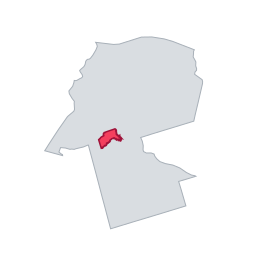 Fray Bartolomé de Las Casas, Alta Verapaz, Guatemala shown in context, rotated 163°
{"feature_id": "79465075B41204934399249", "entity_name": "Fray Bartolomé de Las Casas", "entity_type": "district", "adm_level": 2, "iso_a3": "GTM", "parent_name": "Guatemala", "parent_adm1": "Alta Verapaz", "projection": "mercator", "projection_center": [-89.812, 15.886], "detail": "fine", "context": "in_parent", "style": "filled", "palette": "rose", "viewbox_px": 256, "rotation_deg": 163, "n_neighbors": 0, "source": "geoboundaries", "source_scale": "gbopen_adm2", "svg_char_len": 5460}
<svg xmlns="http://www.w3.org/2000/svg" viewBox="0 0 256 256"><g transform="rotate(163 128 128)"><path d="M41.7,183.4L42.8,182.3L43.7,179.7L44.9,176.9L44.2,173.8L43.8,171.3L45.1,167.6L45.0,164.8L45.6,163.1L47.5,162.0L48.6,159.9L43.0,152.6L43.0,150.9L43.7,148.8L48.2,141.0L53.6,131.7L59.6,121.5L63.1,115.3L76.2,115.3L84.8,115.3L95.8,115.3L107.7,115.3L115.5,115.2L118.7,115.2L118.2,111.2L118.6,106.7L120.0,102.7L120.0,100.9L117.7,98.7L113.2,97.4L110.7,95.5L110.6,93.1L109.5,90.1L107.4,86.6L102.8,83.1L95.9,79.4L90.1,74.6L85.2,68.4L81.1,64.5L78.0,62.8L77.2,62.0L86.5,62.0L95.2,62.1L95.2,53.3L95.3,45.5L95.4,36.6L111.2,36.6L130.1,36.6L149.7,36.7L165.1,36.7L174.1,36.7L173.7,47.7L173.2,60.4L172.9,69.7L172.4,82.1L171.9,94.8L171.3,112.0L170.9,123.2L171.1,123.4L176.2,122.9L183.8,123.4L185.7,123.3L188.0,124.3L189.8,124.6L193.6,127.1L198.2,129.0L201.1,125.2L199.6,122.9L198.4,121.7L198.6,120.7L214.3,130.6L212.5,132.1L208.5,135.6L201.2,141.7L194.7,147.1L188.4,152.0L182.8,156.4L182.1,156.8L174.9,159.9L173.7,161.4L172.2,167.6L171.5,169.1L172.8,172.6L174.1,177.9L173.7,180.7L168.7,184.1L166.5,187.2L165.5,189.2L164.6,188.7L163.0,188.5L159.5,189.3L157.8,189.5L156.4,190.3L156.2,192.3L157.2,195.4L157.5,197.0L156.5,197.7L152.2,199.6L150.4,201.4L148.8,204.3L146.9,205.5L144.9,205.2L143.5,205.7L140.5,207.8L135.9,212.0L133.5,215.0L133.4,217.3L133.9,219.4L117.3,212.1L111.8,210.8L88.6,211.0L78.6,208.1L67.3,202.6L59.6,197.5L41.7,183.4Z" fill="#d9dde1" stroke="#a8b0b8" stroke-width="1"/><path d="M150.4,130.7L150.6,130.6L150.9,130.6L151.1,130.5L151.3,130.3L151.5,130.2L151.7,130.3L151.8,130.4L152.1,130.2L152.3,130.2L152.5,130.2L152.5,130.3L152.8,130.1L153.0,130.0L153.0,129.9L153.1,129.6L153.3,129.4L153.2,129.2L153.4,128.9L153.4,128.6L153.4,128.4L153.3,128.2L153.4,127.9L153.4,127.7L153.5,127.6L153.9,127.6L154.2,127.6L154.3,127.7L154.5,127.6L154.7,127.4L154.8,127.3L155.0,127.3L155.3,127.4L155.5,127.4L155.8,127.2L156.1,127.2L156.3,127.1L156.5,127.0L156.9,126.9L157.0,126.8L157.2,126.7L157.3,126.6L157.4,126.4L157.7,126.2L157.8,126.0L158.0,126.0L158.4,126.0L158.7,125.8L158.9,125.6L159.0,125.5L159.4,125.5L159.5,125.4L159.5,118.4L159.5,118.0L159.5,116.9L159.5,116.6L159.5,116.4L159.4,116.4L159.3,116.5L159.2,116.6L159.2,116.8L159.1,116.5L159.0,116.4L158.9,116.5L158.7,116.5L158.7,116.3L158.6,116.2L158.4,116.1L158.1,116.3L157.8,116.4L157.8,116.5L157.6,116.5L157.4,116.8L157.5,116.9L157.4,117.0L157.5,117.1L157.4,117.1L157.2,117.1L156.9,117.0L156.7,117.1L156.5,117.3L156.4,117.5L156.2,117.7L156.0,117.8L155.8,117.8L155.8,117.6L155.5,117.5L155.4,117.5L155.5,117.7L155.7,117.8L155.6,118.0L155.5,117.9L155.4,117.8L155.2,117.9L154.9,117.8L154.7,117.8L154.5,117.7L154.4,117.6L154.2,117.7L153.9,117.7L153.7,117.8L153.6,118.0L153.7,118.4L153.5,118.6L153.4,118.7L153.3,118.8L153.2,118.8L153.2,119.0L153.1,119.4L153.0,119.6L152.8,119.4L152.6,119.3L152.5,119.2L152.4,119.4L152.4,119.6L152.1,119.5L151.9,119.7L151.5,119.3L151.4,119.3L151.2,119.4L151.1,119.5L150.9,119.7L150.8,119.8L150.9,120.1L150.7,120.2L150.4,119.9L150.3,120.0L150.2,120.0L150.0,119.9L149.9,119.9L149.7,120.0L149.2,120.3L148.9,120.6L149.1,120.8L149.1,121.0L148.9,121.0L148.8,121.4L148.6,121.5L148.3,122.0L148.1,122.0L147.9,121.9L147.6,121.9L147.4,121.9L147.2,122.0L146.9,122.5L146.6,122.5L146.4,122.5L146.2,122.5L145.9,122.4L145.8,122.5L145.6,122.4L145.6,122.5L145.4,122.6L145.1,122.6L144.9,122.6L144.8,122.4L144.5,122.5L144.4,122.5L144.2,122.7L143.9,122.5L143.9,122.4L143.7,122.3L143.6,122.2L143.7,121.9L143.6,121.4L143.4,121.5L143.3,121.3L143.2,121.2L142.9,121.2L143.0,121.0L142.7,120.8L142.6,120.6L142.8,120.5L142.8,120.4L142.7,120.1L142.6,119.9L142.4,119.9L142.3,120.0L142.4,120.4L142.3,120.5L142.2,120.5L142.1,120.2L141.8,120.2L141.7,120.2L141.7,119.9L141.5,120.0L141.3,120.0L141.0,119.6L140.9,119.7L140.9,119.9L140.9,120.0L140.7,120.0L140.7,119.8L140.6,119.7L140.3,119.9L140.2,119.8L140.3,119.7L140.2,119.4L139.8,119.4L139.6,119.3L139.6,119.2L139.8,119.0L139.9,118.9L140.0,118.8L139.9,118.8L139.5,119.0L139.4,119.0L139.4,118.9L139.5,118.6L139.6,118.3L139.4,118.2L139.2,118.1L138.9,118.1L138.9,117.8L138.7,117.8L138.5,118.0L138.8,118.2L138.8,118.5L138.8,118.8L138.7,118.8L138.7,118.7L138.6,119.0L138.4,119.0L138.2,118.9L138.0,119.0L137.9,119.0L137.6,119.1L137.4,119.3L137.7,119.6L137.7,119.9L137.8,120.0L137.8,120.3L137.7,120.4L137.4,120.2L137.1,120.0L137.3,120.4L137.4,120.6L137.5,120.9L137.8,120.7L138.0,120.8L137.9,120.9L137.8,121.1L138.0,121.3L138.1,121.1L138.2,120.8L138.3,120.6L138.2,120.4L138.4,120.3L138.5,120.4L138.5,120.9L138.3,121.1L138.5,121.4L138.6,121.5L138.2,121.5L138.4,121.7L138.4,121.8L138.2,121.9L138.1,122.0L138.3,122.3L138.7,122.3L138.8,122.6L138.7,122.7L138.6,122.8L138.3,122.6L138.2,122.7L138.0,122.8L138.3,122.8L138.4,123.2L138.3,123.4L138.6,123.3L138.6,123.0L138.6,122.9L138.9,123.0L139.1,123.0L139.1,123.3L138.8,123.3L139.0,123.5L139.2,123.4L139.3,123.4L139.5,123.7L139.9,123.5L139.9,123.4L140.0,123.5L139.9,123.7L139.9,123.8L140.0,123.9L140.1,124.0L140.3,124.1L140.4,124.3L140.2,124.3L140.1,124.6L140.2,124.9L140.3,124.9L140.3,125.0L140.5,125.0L140.8,125.0L140.8,125.4L140.9,125.5L141.0,125.5L141.0,125.8L140.7,125.9L140.5,126.0L140.6,126.5L140.5,126.8L140.4,126.9L140.5,127.0L140.4,127.1L140.4,127.4L140.5,127.6L140.4,127.8L140.6,128.5L139.9,128.6L139.9,128.8L140.1,128.9L140.3,129.2L140.3,129.3L140.3,129.5L140.2,129.7L140.2,129.9L139.9,129.9L139.9,130.0L140.0,130.1L140.2,130.4L140.7,131.0L140.8,131.0L150.4,130.7Z" fill="#f43f5e" stroke="#9f1239" stroke-width="1.5"/></g></svg>